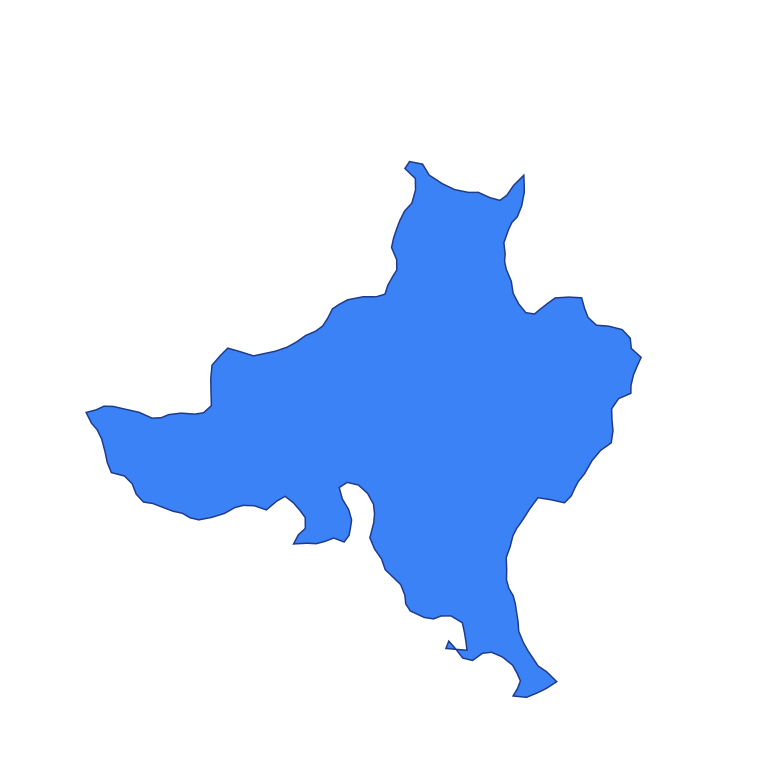 the district of Cordislândia, Minas Gerais, Brazil, rotated 291°
{"feature_id": "56859067B95585919625672", "entity_name": "Cordislândia", "entity_type": "district", "adm_level": 2, "iso_a3": "BRA", "parent_name": "Brazil", "parent_adm1": "Minas Gerais", "projection": "robinson", "projection_center": [-45.671, -21.77], "detail": "fine", "context": "isolated", "style": "filled", "palette": "blue", "viewbox_px": 768, "rotation_deg": 291, "n_neighbors": 0, "source": "geoboundaries", "source_scale": "gbopen_adm2", "svg_char_len": 2668}
<svg xmlns="http://www.w3.org/2000/svg" viewBox="0 0 768 768"><g transform="rotate(291 384 384)"><path d="M162.1,546.4L156.4,555.6L157.6,565.7L168.0,572.5L172.1,580.6L171.6,592.4L167.6,604.8L161.4,612.2L155.6,617.8L147.7,617.8L139.0,616.3L142.6,629.4L150.5,637.7L157.8,644.5L168.0,651.9L173.6,639.0L176.0,628.9L181.6,621.0L186.4,614.2L192.7,606.6L201.4,598.4L210.0,594.4L218.2,589.7L225.8,585.4L232.7,580.4L237.8,573.9L245.1,568.5L254.6,565.1L265.8,560.3L277.2,560.1L288.7,558.7L297.1,559.7L306.3,562.1L319.7,564.8L333.0,568.5L335.8,581.5L337.8,595.1L346.7,598.9L355.1,599.4L362.5,600.3L372.2,603.4L387.2,605.7L399.7,610.0L410.5,617.2L422.5,614.5L431.7,609.9L442.4,605.4L454.4,608.2L463.8,617.8L471.1,615.1L482.3,613.6L492.6,614.0L501.0,614.5L505.8,602.1L515.0,597.5L520.1,586.9L518.5,573.0L515.0,561.2L519.3,550.6L526.5,544.1L535.3,537.6L531.3,525.2L525.7,513.0L518.1,508.0L509.8,503.0L503.3,499.4L501.4,490.9L506.9,481.2L515.0,472.0L525.4,466.1L534.9,457.0L541.7,452.6L548.8,450.5L558.8,445.3L572.8,444.9L580.7,445.5L587.8,448.5L599.5,448.7L613.5,446.2L621.1,443.1L629.0,439.7L615.8,433.8L604.3,431.1L597.0,426.4L595.9,416.2L596.7,403.4L593.1,394.1L590.8,380.2L591.9,366.6L595.2,351.3L603.1,341.2L600.8,328.1L592.7,326.3L587.1,339.6L576.4,343.9L562.8,345.2L552.7,341.2L542.0,340.2L533.6,340.2L523.4,340.7L514.2,342.1L504.6,351.3L494.9,355.1L487.5,353.6L477.5,352.2L468.2,352.7L462.6,345.4L458.0,333.3L449.6,319.9L442.0,313.4L435.6,308.9L425.9,308.0L416.2,306.0L408.5,301.0L401.4,293.6L391.8,287.2L383.4,280.1L375.4,270.4L368.9,260.4L363.5,252.1L362.7,239.2L361.5,225.3L352.3,221.2L339.9,216.7L327.1,220.3L315.9,224.8L301.9,230.6L292.5,225.9L288.0,218.0L284.1,205.0L278.2,193.9L272.6,188.0L269.0,179.7L269.8,165.3L267.6,150.6L266.0,139.1L262.9,130.5L256.6,124.4L250.7,116.1L242.6,124.9L238.5,132.6L231.4,140.2L220.7,147.9L211.5,153.8L203.6,161.2L205.1,174.7L200.6,184.7L192.4,192.1L187.6,201.8L189.6,211.0L189.6,222.6L189.6,232.7L191.1,241.9L189.6,250.9L190.8,259.8L197.8,271.0L206.2,281.6L215.1,288.9L220.2,296.0L223.9,306.6L224.3,319.3L236.2,325.8L243.7,331.9L240.6,342.1L235.9,350.8L231.1,358.3L221.0,362.3L212.6,358.1L202.3,356.9L207.8,369.3L210.6,377.9L215.6,384.9L222.2,392.3L222.2,403.4L230.2,405.6L237.5,404.3L245.4,402.5L254.1,396.0L261.7,386.3L271.3,379.3L279.0,384.9L280.5,396.4L276.0,407.9L268.1,417.2L259.4,421.7L251.0,424.1L235.4,425.9L226.6,434.3L219.8,444.4L211.1,451.7L207.0,461.4L202.7,471.5L194.4,479.1L186.4,483.2L181.5,490.0L180.5,505.3L182.5,514.5L187.9,520.4L191.5,529.7L189.2,542.7L180.8,548.2L173.6,552.4L165.2,556.9L162.1,546.4ZM162.1,546.4L167.2,536.6L159.3,536.6L162.1,546.4Z" fill="#3b82f6" stroke="#1e3a8a" stroke-width="1.5"/></g></svg>